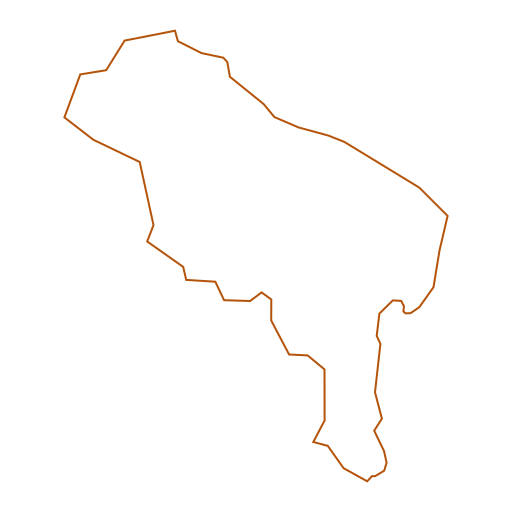 outline of Northumberland, Virginia, United States of America
{"feature_id": "52423323B72181240507499", "entity_name": "Northumberland", "entity_type": "district", "adm_level": 2, "iso_a3": "USA", "parent_name": "United States of America", "parent_adm1": "Virginia", "projection": "equal_earth", "projection_center": [-76.396, 37.858], "detail": "fine", "context": "isolated", "style": "outline", "palette": "amber", "viewbox_px": 512, "rotation_deg": 0, "n_neighbors": 0, "source": "geoboundaries", "source_scale": "gbopen_adm2", "svg_char_len": 811}
<svg xmlns="http://www.w3.org/2000/svg" viewBox="0 0 512 512"><path d="M186.2,279.9L215.3,281.7L224.1,300.2L250.1,301.0L261.6,292.4L271.3,299.5L271.2,320.5L289.1,354.5L307.6,355.4L324.5,369.4L324.6,420.5L313.3,442.0L327.8,445.9L343.6,468.2L367.2,481.3L372.0,476.1L375.0,476.2L384.2,470.7L386.6,462.6L384.0,451.0L374.2,430.7L381.9,418.6L375.0,392.3L380.4,343.8L376.7,335.9L379.4,313.6L392.8,300.4L401.2,300.9L404.0,306.3L403.4,311.4L405.4,313.3L410.5,313.2L419.3,307.2L433.5,287.2L439.5,250.5L447.6,215.9L419.3,187.6L344.3,141.9L328.5,135.6L298.4,127.4L274.4,117.1L263.7,104.1L229.9,76.8L227.3,62.0L223.3,57.7L201.5,53.1L177.9,41.2L175.0,30.7L124.6,40.6L106.2,70.2L80.3,74.4L64.4,117.4L93.4,139.8L139.7,162.0L153.5,225.1L147.2,241.5L183.2,266.9L186.2,279.9Z" fill="none" stroke="#b45309" stroke-width="2"/></svg>